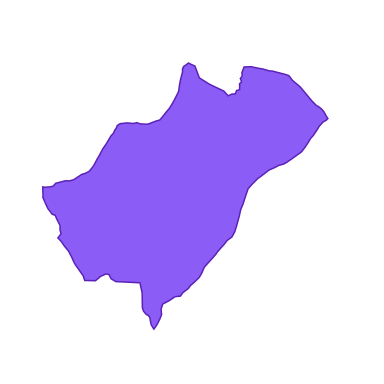 Lau, Taraba, Nigeria, rotated 169°
{"feature_id": "59680162B35636298384814", "entity_name": "Lau", "entity_type": "district", "adm_level": 2, "iso_a3": "NGA", "parent_name": "Nigeria", "parent_adm1": "Taraba", "projection": "equal_earth", "projection_center": [11.399, 9.198], "detail": "fine", "context": "isolated", "style": "filled", "palette": "violet", "viewbox_px": 384, "rotation_deg": 169, "n_neighbors": 0, "source": "geoboundaries", "source_scale": "gbopen_adm2", "svg_char_len": 2431}
<svg xmlns="http://www.w3.org/2000/svg" viewBox="0 0 384 384"><g transform="rotate(169 192 192)"><path d="M170.9,319.3L173.2,318.1L176.3,316.8L177.8,314.6L178.5,311.4L180.7,306.9L182.2,303.6L184.3,298.2L185.7,293.8L187.2,291.6L192.5,284.8L195.5,281.4L198.6,278.1L202.2,275.3L207.0,271.1L210.0,268.8L213.2,268.6L222.5,267.0L229.7,268.7L232.9,270.6L236.0,270.4L237.3,270.7L242.4,272.2L249.5,272.8L252.6,271.6L254.1,269.3L256.3,267.1L257.8,264.8L260.9,262.5L263.0,260.1L266.9,255.7L271.5,251.2L276.0,245.6L279.0,242.2L283.6,236.5L288.9,231.9L293.6,230.6L296.7,230.4L306.0,226.6L307.5,226.5L310.7,226.3L311.3,226.5L313.9,227.2L318.6,226.9L324.1,226.6L327.1,224.3L330.3,224.1L335.8,224.8L337.5,225.5L338.1,222.5L338.7,218.2L339.4,215.0L337.6,207.0L336.5,202.9L333.4,196.8L330.7,195.2L329.9,191.2L327.9,184.2L328.8,179.9L328.5,176.0L332.4,172.5L329.7,168.2L327.6,163.3L326.9,162.0L324.5,157.6L322.4,150.5L321.3,145.6L320.2,142.4L318.1,137.9L316.9,135.1L315.5,132.1L314.7,130.2L314.2,125.6L310.4,124.8L303.7,123.3L297.6,126.7L291.8,128.0L289.2,126.7L288.0,122.3L283.9,118.6L270.5,115.3L260.4,112.8L260.2,102.4L262.8,87.8L262.3,84.2L260.2,80.5L258.3,79.0L257.3,76.4L257.5,72.8L257.4,69.6L256.5,66.9L255.6,64.7L253.9,66.2L251.6,68.5L247.6,73.7L245.2,77.7L244.7,82.9L242.1,87.6L234.8,89.8L228.6,92.5L223.2,92.0L220.4,94.8L217.2,96.4L214.1,97.9L211.4,100.4L207.6,102.6L201.1,106.8L199.5,108.7L197.3,111.3L196.2,113.0L194.3,115.8L191.3,118.1L183.6,123.9L180.6,126.2L178.3,128.5L173.7,132.0L170.6,134.3L166.8,137.7L161.4,140.2L157.7,144.7L157.2,145.6L154.7,150.2L150.3,159.1L147.4,165.7L144.4,170.1L140.7,176.8L136.3,184.5L131.7,188.0L124.8,192.7L122.3,193.8L117.0,196.4L112.4,198.8L106.2,200.2L101.5,201.6L96.8,201.9L92.9,203.2L90.5,204.3L87.5,205.6L76.7,210.6L72.9,214.0L68.3,218.6L65.3,222.0L62.2,224.3L57.7,228.8L54.6,232.2L50.0,235.7L46.2,237.0L44.6,238.2L45.5,240.3L47.2,245.5L48.9,248.6L50.6,250.7L53.8,253.7L57.1,258.8L58.8,261.9L62.2,268.1L63.9,271.2L65.6,274.3L68.0,277.4L69.7,279.4L72.1,282.5L74.7,287.7L75.0,287.9L77.9,289.6L81.9,291.5L85.9,293.4L89.9,295.3L93.1,296.2L98.7,299.1L103.4,300.9L105.8,301.9L107.3,302.5L109.8,303.7L117.0,304.8L120.4,299.3L120.2,298.0L121.1,295.6L122.9,294.3L122.5,292.1L122.6,290.2L124.6,289.3L125.1,286.5L125.8,283.3L128.9,283.1L130.7,280.1L134.4,280.5L138.1,279.5L141.4,284.9L154.1,294.3L163.0,302.6L165.1,315.1L168.2,317.2L170.9,319.3Z" fill="#8b5cf6" stroke="#5b21b6" stroke-width="1.5"/></g></svg>